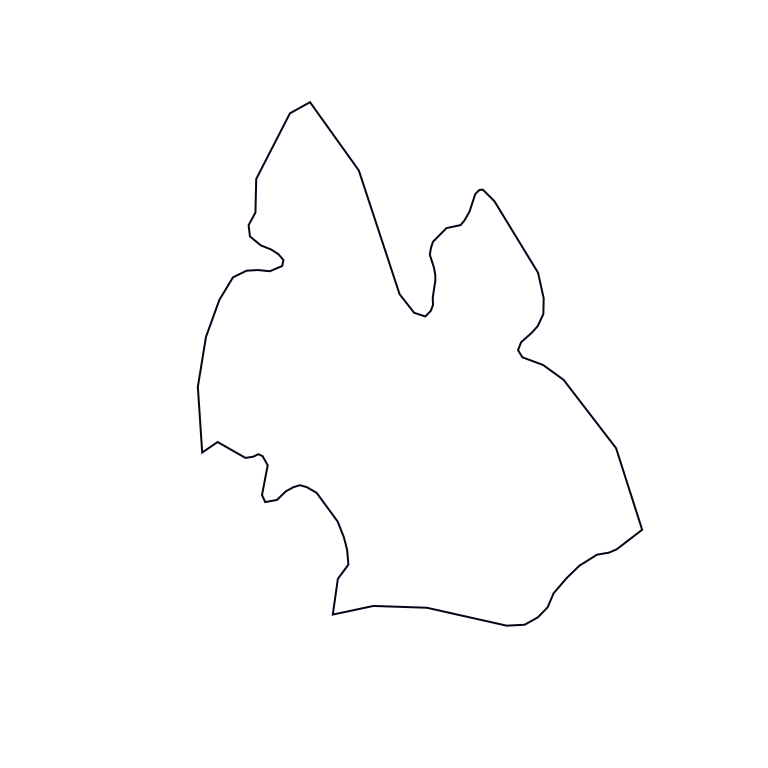 the Municipality of Sevnica, rotated 58°
{"feature_id": "SVN-988", "entity_name": "Sevnica", "entity_type": "Municipality", "adm_level": 1, "iso_a3": "SVN", "parent_name": "Slovenia", "parent_adm1": "", "projection": "mercator", "projection_center": [15.262, 46.004], "detail": "fine", "context": "isolated", "style": "outline", "palette": "ink", "viewbox_px": 768, "rotation_deg": 58, "n_neighbors": 0, "source": "natural_earth", "source_scale": "10m", "svg_char_len": 1185}
<svg xmlns="http://www.w3.org/2000/svg" viewBox="0 0 768 768"><g transform="rotate(58 384 384)"><path d="M561.4,221.2L644.4,242.3L647.5,274.4L646.2,282.7L641.6,293.8L641.6,314.5L645.4,332.0L651.3,351.0L660.1,363.6L663.4,377.1L662.7,392.3L653.9,408.1L596.4,466.3L566.6,510.6L552.4,549.6L524.8,526.4L518.3,509.9L505.2,503.2L492.9,499.3L476.1,496.2L440.6,498.8L430.6,504.1L425.3,508.9L423.5,515.4L423.0,524.1L425.6,536.2L421.2,547.3L413.5,546.3L391.3,525.7L380.8,525.2L376.9,527.8L376.4,533.3L373.3,540.6L345.0,555.9L345.8,574.5L287.8,543.4L249.7,510.0L225.4,479.0L213.5,455.5L215.1,440.5L220.5,430.6L227.9,421.0L230.0,407.8L225.6,403.6L218.2,404.7L210.2,408.4L201.2,415.0L187.8,419.5L177.5,414.6L170.5,402.2L142.4,383.7L104.6,320.3L105.8,297.4L189.6,292.2L316.1,323.2L339.6,320.7L348.6,313.2L346.8,305.6L342.9,300.5L336.7,297.0L323.3,285.5L318.4,282.6L312.2,280.1L298.6,276.6L293.2,271.8L289.3,267.0L284.9,248.4L289.8,234.9L288.0,229.2L283.1,220.1L271.3,206.0L270.0,200.3L271.5,197.2L287.5,193.5L371.3,194.4L396.0,203.2L409.1,211.8L416.3,222.8L418.9,231.8L421.2,245.5L426.3,252.4L434.7,252.5L452.2,239.0L475.6,229.5L561.4,221.2Z" fill="none" stroke="#020617" stroke-width="2"/></g></svg>